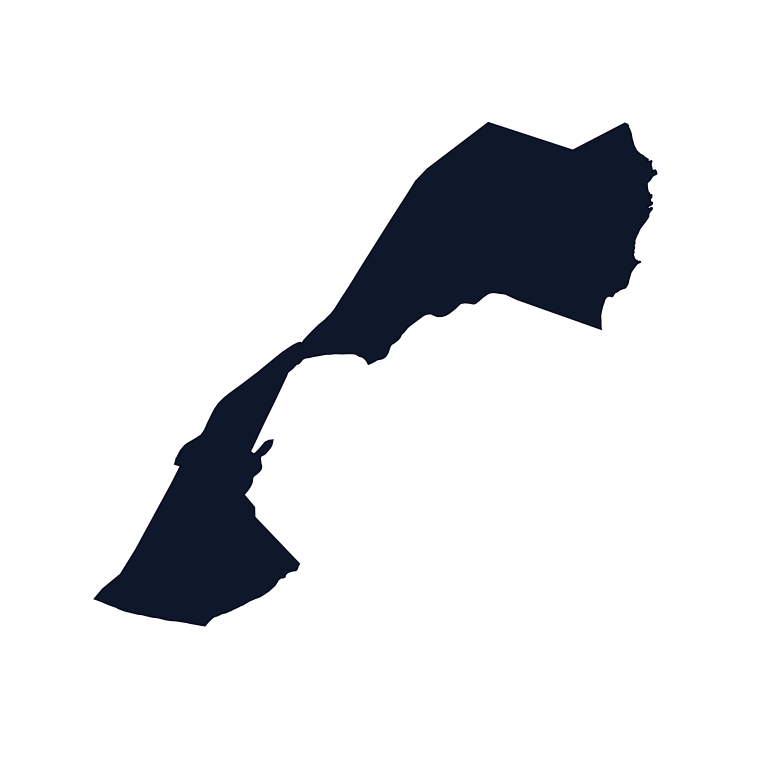 Industrial Estate, Laborie, Saint Lucia (Natural Earth projection), rotated 224°
{"feature_id": "8701671B45251476998803", "entity_name": "Industrial Estate", "entity_type": "district", "adm_level": 2, "iso_a3": "LCA", "parent_name": "Saint Lucia", "parent_adm1": "Laborie", "projection": "natural_earth1", "projection_center": [-60.975, 13.743], "detail": "fine", "context": "isolated", "style": "filled", "palette": "ink", "viewbox_px": 768, "rotation_deg": 224, "n_neighbors": 0, "source": "geoboundaries", "source_scale": "gbopen_adm2", "svg_char_len": 6113}
<svg xmlns="http://www.w3.org/2000/svg" viewBox="0 0 768 768"><g transform="rotate(224 384 384)"><path d="M425.1,266.4L426.7,264.3L427.3,263.7L428.7,260.3L428.9,259.6L428.9,258.2L428.7,256.1L428.3,250.1L428.4,245.5L428.6,243.2L433.3,242.4L436.9,253.3L442.5,269.5L446.1,280.4L451.4,296.9L459.9,321.9L461.4,325.5L460.6,332.2L460.7,333.1L460.8,335.4L460.7,337.1L460.4,338.2L459.7,338.9L459.5,340.2L459.6,343.2L459.8,344.8L459.7,346.0L458.7,348.3L456.8,350.7L453.8,355.2L449.5,361.0L447.3,364.3L446.5,365.0L445.6,366.2L443.7,368.0L442.5,369.4L440.5,371.9L435.1,376.8L430.8,381.3L427.6,384.3L426.1,385.4L424.7,386.2L423.6,386.3L420.9,387.0L418.8,388.3L418.0,388.5L416.9,388.8L414.4,388.8L411.6,388.4L409.0,387.4L407.6,390.7L407.1,392.3L406.9,393.3L406.8,393.8L406.4,394.1L406.3,395.2L405.7,396.8L405.2,397.8L404.2,399.1L403.2,400.5L402.5,402.2L402.1,403.9L402.2,406.2L402.6,408.0L403.0,409.4L405.7,414.9L406.1,416.3L406.1,418.3L405.6,419.8L405.2,421.5L405.1,422.7L404.8,424.4L404.7,425.9L404.9,428.3L405.0,429.1L405.7,430.7L406.0,432.3L405.8,434.7L406.2,438.9L406.3,441.7L406.0,444.6L405.5,447.8L405.2,449.1L404.9,451.4L403.4,460.2L402.9,461.9L402.0,463.7L400.9,465.4L399.6,466.7L398.4,467.6L397.6,467.9L396.9,467.9L396.2,468.2L394.7,468.9L393.4,469.3L392.2,470.0L391.2,471.2L390.3,472.0L389.5,472.9L388.4,474.6L387.4,476.6L386.7,479.0L386.2,481.3L385.6,485.5L385.4,487.2L385.2,490.2L385.2,492.2L385.1,494.2L384.7,495.6L384.1,496.5L383.4,497.3L382.7,498.3L381.9,499.1L378.7,501.7L375.9,503.5L375.5,503.8L374.8,504.6L374.3,505.7L373.7,509.9L373.3,515.1L372.3,520.2L371.6,522.2L370.7,523.8L369.1,525.8L367.9,526.9L366.1,528.2L363.9,529.7L361.9,531.3L359.9,532.7L358.9,533.3L347.2,537.3L265.9,574.3L266.3,574.5L268.7,576.7L271.4,579.4L272.1,580.2L274.6,582.4L276.2,584.1L277.7,586.4L279.3,588.9L281.3,592.5L282.3,595.0L282.8,596.0L283.6,597.3L284.3,599.1L284.3,600.3L284.3,601.6L283.8,603.0L283.4,603.4L283.1,603.8L282.1,604.6L281.3,604.9L280.8,605.2L280.5,605.9L280.7,607.0L281.1,608.7L281.3,609.4L281.2,610.3L280.8,611.5L280.4,612.2L279.9,615.6L279.6,616.5L279.0,617.3L278.9,617.9L277.4,620.5L277.3,621.9L278.0,624.7L278.9,626.8L280.2,628.5L281.4,631.0L282.3,632.5L282.8,633.8L283.6,634.8L284.2,636.8L284.6,638.9L285.2,643.4L285.3,644.6L286.1,644.2L286.0,644.8L285.6,646.1L285.0,647.9L284.5,649.0L284.3,649.8L284.6,650.1L285.2,649.8L285.7,649.2L286.2,648.3L286.5,648.0L287.2,648.4L287.9,648.5L288.4,648.1L289.6,647.9L290.5,648.0L291.8,648.6L294.1,649.8L295.5,650.8L295.4,651.9L295.6,652.2L296.3,652.8L297.2,653.2L297.6,653.8L297.9,655.1L299.1,656.5L299.5,656.8L301.0,657.5L301.1,659.3L302.8,660.6L303.2,661.3L303.7,661.9L305.7,667.2L306.2,668.9L306.9,670.7L307.6,672.7L307.9,673.9L308.2,675.9L309.0,683.1L309.8,687.5L310.4,688.8L311.1,689.2L311.3,689.4L311.6,690.0L312.0,690.5L312.5,693.4L312.5,694.8L312.6,695.8L313.0,696.6L313.5,696.9L314.2,696.4L314.4,696.2L314.5,695.4L314.5,694.0L314.8,693.6L315.5,694.1L316.1,693.9L316.7,694.0L317.2,694.7L317.2,696.0L317.0,696.7L316.5,697.3L316.3,698.3L316.2,699.3L316.3,700.1L317.0,700.9L318.2,700.3L319.0,700.4L320.6,701.4L321.0,701.8L321.2,704.0L321.7,704.8L322.0,705.3L322.9,705.9L323.7,705.6L323.9,704.7L324.1,704.1L324.7,704.4L325.7,705.5L327.7,705.8L328.8,706.5L330.4,707.6L333.8,710.6L334.3,711.1L334.4,712.0L334.5,713.5L334.3,714.6L334.4,716.0L334.7,717.4L335.0,719.0L335.2,720.4L335.0,721.4L333.9,724.0L333.9,724.5L334.2,725.0L336.8,726.3L337.4,726.3L338.3,725.1L338.4,724.5L338.4,722.9L339.0,723.0L339.5,724.0L344.4,727.3L345.1,728.1L345.9,729.8L346.1,730.1L346.7,730.3L347.3,728.7L348.1,728.1L349.1,727.7L349.7,727.8L349.9,728.6L350.1,729.0L352.2,728.5L353.1,728.2L356.5,728.1L358.8,727.3L362.0,727.2L364.2,727.2L365.1,727.4L369.5,728.9L371.2,729.8L373.5,731.2L376.0,732.6L377.2,733.4L378.3,734.3L379.8,735.4L381.9,736.6L383.2,737.2L385.1,738.0L386.8,738.4L387.2,739.0L387.6,739.4L388.1,739.7L389.7,739.6L391.2,739.1L391.8,738.9L410.5,683.2L490.5,644.4L502.1,568.7L502.0,552.6L502.1,552.2L499.9,542.1L493.1,508.3L489.1,489.0L481.2,451.2L477.6,435.0L476.0,427.4L474.0,416.6L473.0,412.2L472.3,408.5L471.3,403.8L470.7,398.0L470.7,395.8L470.8,394.2L470.8,389.2L471.8,380.7L472.0,372.1L472.0,365.3L471.9,360.5L471.3,356.3L471.1,355.5L473.0,355.7L473.5,355.1L474.3,353.6L474.7,352.8L475.2,351.3L476.0,349.0L476.4,347.6L477.5,343.0L477.9,340.7L478.8,336.7L479.5,331.5L482.2,308.7L482.5,305.4L483.5,299.2L485.1,288.4L486.9,277.9L488.5,268.5L489.0,264.6L489.2,262.7L489.3,258.8L489.3,255.2L489.0,252.7L488.2,248.3L487.5,245.6L484.3,235.6L483.8,233.9L482.1,229.6L481.6,227.9L481.0,226.3L480.5,224.2L480.0,220.6L480.1,219.3L481.6,213.1L482.3,210.5L483.4,206.8L484.0,204.5L484.4,202.1L484.5,200.7L484.4,199.2L484.2,196.5L484.0,194.7L483.5,192.7L481.9,187.7L481.6,185.8L480.6,184.4L479.6,182.6L478.9,181.0L473.4,183.9L467.3,164.2L458.6,132.7L447.4,92.2L441.3,64.2L443.9,41.0L443.0,28.3L440.5,29.6L434.6,32.0L429.3,34.0L421.6,37.5L419.0,38.2L414.9,39.9L411.2,41.7L408.7,43.3L406.7,44.4L400.9,47.8L397.9,50.2L394.5,52.1L388.7,55.6L385.2,58.3L382.7,59.9L378.8,62.1L376.6,63.4L372.8,66.2L371.1,67.7L368.0,70.2L366.9,70.9L365.9,71.7L363.3,73.4L360.0,75.8L357.9,76.9L344.8,85.8L345.2,89.7L345.2,93.9L344.9,97.3L344.3,99.3L343.1,101.2L340.8,107.3L340.1,107.8L338.8,110.1L337.6,113.3L336.8,114.7L336.4,116.4L334.0,122.5L333.4,124.7L332.3,126.7L330.9,132.0L330.1,134.7L327.9,140.0L325.6,144.7L324.7,147.9L323.9,151.9L323.2,154.9L322.9,158.8L322.7,162.4L322.7,163.9L323.4,166.9L323.9,168.8L323.9,171.6L323.5,173.1L322.2,174.3L321.6,175.2L321.3,176.6L322.1,177.4L322.6,179.6L322.1,182.2L321.0,184.4L319.6,186.6L317.9,188.7L318.0,188.9L317.9,190.1L318.3,191.3L319.0,192.6L320.1,195.8L384.6,198.4L391.6,205.3L408.1,207.0L408.0,209.1L408.3,213.0L408.7,215.5L409.5,218.7L410.2,220.6L410.7,221.6L411.0,222.1L412.7,224.3L413.5,225.5L413.7,226.0L413.8,227.1L413.0,232.6L413.0,234.4L413.1,236.4L413.4,237.4L413.8,238.3L414.8,239.4L415.4,240.0L417.3,241.1L421.2,244.3L422.1,245.3L422.4,246.2L422.4,247.0L422.1,248.1L421.3,250.0L421.1,251.7L421.4,257.6L421.5,257.9L421.8,260.1L422.3,261.8L422.7,262.6L423.3,263.7L424.5,265.4L425.1,266.4Z" fill="#0f172a" stroke="#020617" stroke-width="1.5"/></g></svg>